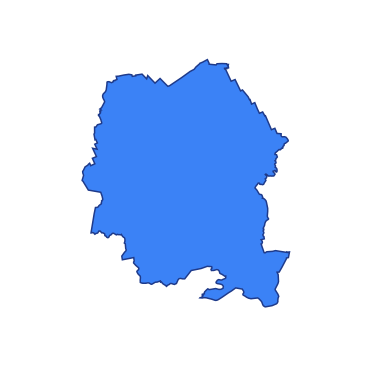 Moloacán, Veracruz, Mexico (Albers equal-area conic projection), rotated 156°
{"feature_id": "50627088B54217054702449", "entity_name": "Moloacán", "entity_type": "district", "adm_level": 2, "iso_a3": "MEX", "parent_name": "Mexico", "parent_adm1": "Veracruz", "projection": "albers", "projection_center": [-94.286, 17.993], "detail": "fine", "context": "isolated", "style": "filled", "palette": "blue", "viewbox_px": 384, "rotation_deg": 156, "n_neighbors": 0, "source": "geoboundaries", "source_scale": "gbopen_adm2", "svg_char_len": 6027}
<svg xmlns="http://www.w3.org/2000/svg" viewBox="0 0 384 384"><g transform="rotate(156 192 192)"><path d="M127.3,97.6L128.3,97.9L128.5,97.6L128.9,98.2L129.4,98.0L129.8,98.5L129.9,98.2L139.6,104.5L142.5,105.0L148.0,107.0L150.0,106.7L150.8,107.3L150.0,116.4L149.3,116.3L148.2,117.3L147.9,118.3L148.3,120.3L145.0,119.8L144.7,120.8L144.7,121.4L144.4,122.1L144.8,122.6L144.7,124.1L143.4,125.0L142.8,125.9L142.9,127.5L142.0,128.0L142.0,128.3L141.5,128.8L141.9,129.3L141.6,130.0L139.3,132.0L138.2,133.7L136.6,135.2L134.9,135.8L134.2,135.8L133.2,136.1L133.0,136.3L133.2,138.4L133.0,139.4L130.8,143.4L129.5,146.3L128.2,152.2L128.0,153.8L128.2,154.7L128.7,156.1L129.3,157.0L130.2,157.8L129.6,158.2L129.4,160.7L130.0,161.7L131.0,162.2L131.4,162.7L132.0,167.5L132.8,170.0L132.5,170.5L130.2,172.0L129.3,172.2L128.0,173.2L127.1,172.9L126.8,172.5L126.9,171.5L126.5,171.2L125.4,170.7L124.6,170.0L123.5,169.9L122.3,170.9L119.8,172.5L119.7,174.3L118.9,174.4L118.2,174.7L117.4,175.7L117.2,176.2L117.3,176.8L117.9,177.7L118.0,178.2L117.6,178.4L117.1,178.3L116.1,176.5L115.9,175.8L115.4,175.3L113.6,174.7L113.1,174.3L110.8,173.4L109.1,174.3L108.9,174.6L109.0,175.5L109.7,177.5L109.4,178.1L108.3,177.8L107.9,178.0L107.4,178.0L107.2,177.6L107.3,176.5L106.8,175.9L106.4,175.9L105.8,176.5L105.2,178.0L105.1,178.9L105.3,179.8L106.0,180.8L105.1,181.8L105.2,183.7L104.9,184.1L103.6,184.3L103.3,184.7L103.1,185.3L103.5,186.8L102.5,187.1L101.7,188.4L100.4,188.9L99.8,189.3L99.6,191.7L100.9,192.5L100.8,192.9L100.3,193.5L99.9,193.9L97.7,194.5L95.9,195.2L95.1,195.4L94.5,194.7L93.4,194.8L92.8,195.4L92.2,195.6L91.5,195.1L91.1,195.3L90.3,196.7L89.3,196.9L88.8,197.3L88.4,198.2L87.9,198.6L86.8,198.5L83.5,199.4L83.2,199.7L83.1,200.5L83.3,202.0L83.9,203.9L85.2,205.0L87.0,205.6L87.4,206.0L87.7,206.8L87.6,207.7L87.1,208.4L86.9,209.0L90.5,210.9L90.4,216.5L94.1,216.6L93.9,231.8L94.5,231.8L94.9,236.4L98.4,236.5L98.5,241.2L98.3,248.1L101.8,248.1L101.4,252.8L101.9,252.8L102.0,256.1L104.4,264.7L106.5,264.6L106.9,277.2L111.2,277.3L111.4,289.8L111.6,291.3L112.1,291.3L112.0,291.8L111.3,291.7L111.0,291.2L110.0,290.6L109.8,291.2L109.6,291.3L109.0,290.8L108.2,290.5L107.9,291.1L107.8,292.0L108.0,292.7L107.6,292.7L106.9,293.7L108.0,294.1L108.5,295.1L108.4,295.2L112.4,297.2L117.0,299.0L118.3,298.3L124.4,301.8L124.0,302.8L124.1,306.7L129.6,306.3L132.5,306.4L133.0,306.0L137.6,304.6L140.1,303.2L144.6,302.9L154.6,300.8L169.3,298.2L171.1,298.4L175.0,308.7L181.5,306.5L185.1,316.4L187.4,313.8L189.7,320.0L195.9,321.7L196.1,321.0L199.5,321.9L199.3,323.5L201.8,325.2L206.8,326.6L212.0,327.7L214.2,328.5L214.8,325.3L216.2,325.4L217.1,325.1L217.6,325.6L218.5,325.6L218.9,324.8L219.8,324.8L220.2,324.6L221.2,324.7L223.0,326.6L224.6,327.1L225.0,326.8L226.0,324.8L228.9,320.1L230.2,318.9L233.3,317.6L234.3,316.6L234.7,315.9L235.0,314.8L235.1,313.0L234.9,311.3L235.1,309.9L240.3,305.8L242.3,305.3L242.1,305.1L242.2,304.8L241.8,304.7L241.7,304.0L242.0,304.2L243.0,303.7L243.3,303.3L243.0,303.1L242.8,302.7L243.6,302.2L243.4,301.5L243.7,301.3L244.1,301.3L245.4,300.3L245.9,300.7L246.3,299.9L245.9,298.9L245.8,298.0L245.9,294.8L246.1,293.7L246.2,292.4L246.7,291.5L247.7,291.4L251.0,291.9L253.3,290.5L254.6,290.9L257.0,285.5L258.0,284.7L259.4,279.1L258.5,279.1L258.5,275.3L261.4,275.2L261.3,269.7L265.0,272.4L264.9,263.2L269.3,263.3L269.3,257.3L273.8,257.2L273.8,259.9L275.3,259.5L276.3,258.9L279.5,258.4L282.3,256.0L283.5,255.3L284.0,253.9L284.2,251.7L284.4,251.1L287.6,247.4L287.7,247.1L287.1,245.9L287.1,245.0L285.9,235.9L275.5,228.9L275.8,224.9L276.4,221.9L276.8,221.2L278.2,220.7L278.3,220.0L279.1,219.3L279.5,218.2L282.6,217.4L283.3,216.8L284.2,216.5L284.9,216.5L286.5,217.1L290.3,211.8L300.9,195.7L300.1,195.4L299.2,195.4L298.2,194.2L298.2,193.6L297.9,192.9L296.8,193.2L294.9,192.9L292.8,194.2L291.7,193.5L291.1,191.4L290.1,191.0L289.2,189.9L288.8,189.2L289.3,187.8L289.1,187.1L288.5,186.8L288.3,185.4L287.8,184.7L287.2,184.4L286.5,184.5L284.9,185.8L283.4,185.8L281.6,186.6L280.3,186.1L278.6,183.6L277.7,183.7L277.2,183.6L276.9,183.1L275.7,182.6L274.5,181.8L273.8,182.0L273.5,179.8L273.0,178.6L272.4,177.8L272.3,177.2L272.5,176.1L273.3,174.3L274.6,172.9L274.0,171.8L275.6,167.2L275.6,166.0L276.2,165.2L278.3,164.3L282.2,162.0L283.2,158.4L271.9,155.8L272.9,152.4L273.8,151.8L274.2,150.9L273.2,147.8L271.6,144.4L271.7,143.8L272.3,142.9L272.9,142.6L273.7,142.5L274.7,141.8L274.8,140.9L274.6,139.0L273.5,136.1L274.0,134.6L275.1,132.7L276.0,130.4L275.3,129.6L274.5,128.9L272.9,128.1L271.2,127.4L269.4,127.0L268.3,126.4L266.8,124.3L265.9,124.1L262.4,124.5L261.5,124.3L260.7,123.9L257.1,123.6L257.4,122.4L256.5,122.3L256.3,121.2L255.8,119.8L253.9,117.0L253.8,116.2L253.1,116.3L252.8,116.7L250.4,116.8L249.0,117.2L247.6,116.5L246.8,115.6L245.4,114.6L244.2,114.9L243.5,114.7L240.4,117.5L239.1,118.1L237.6,117.7L235.8,116.4L234.0,115.6L224.6,120.6L214.8,118.4L208.3,117.9L204.4,115.8L204.7,114.4L206.1,113.7L206.2,112.4L204.1,111.5L201.0,111.1L200.0,110.4L199.5,109.5L199.3,108.4L199.6,106.6L199.3,105.9L198.1,104.6L196.2,101.6L195.4,101.5L196.1,99.8L197.1,99.5L199.3,99.6L200.5,99.5L201.4,99.8L203.2,101.1L204.6,101.1L206.4,100.1L206.9,99.4L206.8,98.8L206.1,98.0L203.2,96.1L202.1,94.9L201.8,93.8L201.8,92.9L202.9,91.4L205.1,91.3L207.1,92.1L209.7,94.2L214.1,95.3L216.1,95.9L216.9,97.1L218.4,96.7L221.1,95.6L221.9,94.8L222.1,94.0L224.2,94.4L224.5,93.9L223.7,93.5L224.2,92.7L224.9,92.6L224.9,92.3L226.0,91.9L226.6,91.9L227.6,92.2L227.8,92.1L225.7,91.0L224.1,90.6L222.1,89.6L217.5,86.0L215.0,83.7L214.4,83.3L213.2,83.0L211.5,83.0L207.0,83.7L199.5,85.1L196.4,85.5L191.1,86.6L185.6,82.9L185.2,80.3L185.7,78.9L186.6,78.4L187.1,77.9L187.2,77.2L187.1,76.8L186.3,75.9L184.8,73.5L183.4,71.9L181.5,70.5L175.1,68.5L174.3,67.3L173.2,64.2L173.0,63.1L173.2,60.3L173.1,59.2L172.8,58.5L172.3,58.1L172.1,57.5L171.6,57.2L165.1,55.6L160.3,55.5L159.1,56.0L158.1,57.0L157.7,58.1L156.5,60.1L155.2,61.4L155.1,63.7L155.8,68.8L155.5,69.5L150.7,73.4L149.4,75.0L146.9,81.4L146.9,84.1L144.9,83.4L140.4,86.7L132.8,92.7L132.5,93.3L130.6,92.9L127.3,97.6Z" fill="#3b82f6" stroke="#1e3a8a" stroke-width="1.5"/></g></svg>